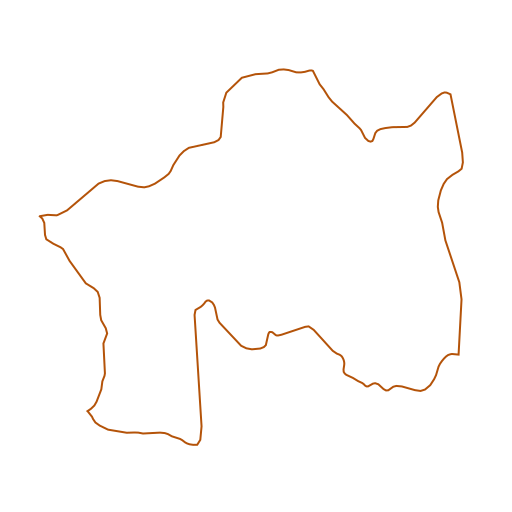 Kémo, orthographic projection, rotated 86°
{"feature_id": "CAF-808", "entity_name": "Kémo", "entity_type": "Prefecture", "adm_level": 1, "iso_a3": "CAF", "parent_name": "Central African Republic", "parent_adm1": "", "projection": "orthographic", "projection_center": [19.388, 5.737], "detail": "fine", "context": "isolated", "style": "outline", "palette": "amber", "viewbox_px": 512, "rotation_deg": 86, "n_neighbors": 0, "source": "natural_earth", "source_scale": "10m", "svg_char_len": 2620}
<svg xmlns="http://www.w3.org/2000/svg" viewBox="0 0 512 512"><g transform="rotate(86 256 256)"><path d="M399.0,434.9L396.9,431.3L393.9,427.7L390.2,425.2L378.2,419.6L370.3,418.0L365.0,415.5L362.6,414.9L332.6,414.3L322.9,409.9L317.6,410.9L309.3,414.9L303.9,415.5L286.8,414.9L280.8,416.4L276.9,420.0L271.4,427.7L247.9,442.3L235.6,448.0L233.7,450.3L229.7,457.2L224.7,464.0L220.3,465.0L208.2,464.9L203.7,466.6L201.3,468.9L201.2,468.8L201.2,468.7L200.4,461.0L201.5,452.2L201.3,451.1L197.3,441.3L172.8,408.0L170.7,401.7L170.3,395.4L171.6,388.9L178.6,368.9L179.7,362.7L179.0,357.9L176.8,351.8L171.2,342.0L168.0,337.4L165.3,335.2L159.5,332.1L150.4,325.3L146.3,320.6L143.4,315.4L139.6,289.7L137.7,285.3L134.8,282.9L105.1,278.2L100.5,278.0L91.0,274.2L77.2,257.7L74.6,243.8L74.7,231.6L73.9,227.1L71.8,220.3L71.8,215.4L72.8,210.4L75.6,203.0L76.0,198.5L75.7,194.4L74.7,189.7L74.8,187.5L75.3,186.3L89.2,180.5L94.3,177.0L102.7,172.5L107.3,169.3L121.7,155.5L130.8,148.5L135.9,143.7L137.7,142.4L145.8,139.0L149.1,135.9L149.9,133.7L149.4,131.9L147.4,130.7L141.7,128.4L139.5,126.4L138.1,123.0L137.4,118.1L137.0,111.1L137.8,96.1L136.7,92.3L134.0,88.4L110.1,64.6L106.8,59.4L106.0,56.5L106.3,54.6L106.6,53.9L108.3,50.7L167.2,43.1L177.1,43.1L183.3,44.8L185.7,48.2L188.7,54.3L192.6,60.1L197.1,63.7L203.4,67.0L213.2,70.3L219.7,71.2L224.9,70.8L235.8,68.0L253.6,66.0L296.4,55.0L313.6,54.0L368.5,60.8L367.4,67.4L367.6,69.0L368.2,71.3L369.5,73.4L371.4,75.6L373.8,77.9L376.4,80.0L379.1,81.6L387.4,84.7L391.3,86.9L397.0,91.2L401.0,96.7L402.1,101.3L400.9,106.8L396.3,119.6L395.4,125.1L396.0,128.2L399.2,133.4L399.2,135.7L397.6,138.1L392.5,142.9L391.2,146.0L391.5,148.3L393.9,153.3L393.8,154.9L392.8,156.3L391.4,157.4L390.1,158.9L387.9,162.9L384.4,167.8L380.8,174.3L379.4,175.7L377.7,176.6L375.3,176.6L370.8,175.6L369.1,175.4L367.5,175.5L365.9,175.8L364.4,176.3L362.9,177.0L361.8,177.7L361.0,178.6L360.3,179.5L359.0,182.2L355.9,186.1L333.7,203.6L329.9,208.4L330.1,211.9L336.3,236.0L336.8,239.3L336.7,240.9L336.3,241.8L333.2,245.0L332.8,246.5L332.8,247.8L333.6,248.5L334.9,249.2L345.6,252.4L347.4,254.5L348.6,258.2L348.8,266.6L347.4,272.1L344.5,277.1L320.1,297.0L316.7,298.8L304.6,300.5L301.9,301.4L299.3,302.9L297.1,305.9L297.0,307.8L298.0,309.5L299.7,310.9L301.4,312.7L302.9,314.7L305.6,320.1L310.5,321.4L422.2,322.2L435.5,324.4L440.2,327.8L440.0,331.8L439.2,335.4L438.2,337.8L437.0,339.7L434.6,342.4L433.2,344.5L430.0,352.5L427.5,356.3L426.3,359.3L425.5,364.1L425.2,381.1L424.0,385.7L423.6,389.4L423.3,397.3L418.9,415.7L414.3,423.7L410.9,427.8L407.3,429.9L404.9,430.8L399.2,434.7L399.0,434.9Z" fill="none" stroke="#b45309" stroke-width="2"/></g></svg>